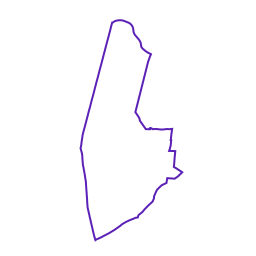 the district of Almoloya del Río, México, Mexico, rotated 84°
{"feature_id": "50627088B78857077813520", "entity_name": "Almoloya del Río", "entity_type": "district", "adm_level": 2, "iso_a3": "MEX", "parent_name": "Mexico", "parent_adm1": "México", "projection": "equal_earth", "projection_center": [-99.49, 19.16], "detail": "fine", "context": "isolated", "style": "outline", "palette": "violet", "viewbox_px": 256, "rotation_deg": 84, "n_neighbors": 0, "source": "geoboundaries", "source_scale": "gbopen_adm2", "svg_char_len": 2893}
<svg xmlns="http://www.w3.org/2000/svg" viewBox="0 0 256 256"><g transform="rotate(84 128 128)"><path d="M151.5,176.4L152.9,176.5L153.2,176.5L155.8,176.6L156.7,176.6L159.8,176.7L162.1,176.5L162.4,176.4L164.3,176.3L165.7,176.2L166.1,176.1L166.8,176.1L167.2,176.1L168.2,176.0L169.6,175.9L171.5,175.8L173.7,175.7L174.1,175.7L175.8,175.6L177.6,175.5L178.1,175.6L178.3,175.6L181.3,175.7L183.8,175.8L186.7,175.9L188.2,175.9L189.7,176.0L192.8,176.1L193.5,176.1L194.0,176.1L195.4,176.2L197.1,176.3L199.2,176.4L200.8,176.4L202.2,176.5L202.5,176.5L203.2,176.4L204.7,176.3L205.0,176.2L206.7,176.0L207.1,176.0L208.2,175.8L208.6,175.8L209.3,175.7L209.9,175.6L211.4,175.5L213.1,175.3L213.8,175.2L214.5,175.1L216.1,174.9L217.0,174.8L219.0,174.6L219.5,174.5L220.1,174.4L221.9,174.2L224.0,173.9L226.9,173.6L232.5,172.8L236.1,172.1L235.5,171.0L234.2,166.9L232.3,162.1L231.6,160.4L231.2,159.3L230.7,158.0L229.1,154.6L228.0,152.3L227.5,151.3L227.1,150.6L226.6,149.7L225.8,148.3L224.6,146.2L224.3,145.5L223.9,145.1L223.5,144.7L223.0,143.7L222.5,142.7L221.0,139.3L219.9,136.0L219.5,134.8L219.5,134.5L219.1,133.3L219.1,133.0L218.1,130.0L218.0,127.6L217.2,127.4L215.6,126.5L215.4,126.2L214.5,124.7L212.9,122.3L210.4,119.8L209.6,118.8L207.4,116.2L206.5,115.0L205.1,113.1L203.7,111.2L202.4,110.5L200.9,109.6L198.4,109.1L195.1,107.2L192.8,105.8L192.6,105.7L190.2,102.8L188.4,100.4L186.8,95.8L186.7,95.5L182.0,94.2L182.8,89.4L183.3,86.9L181.3,83.3L177.7,78.7L177.4,79.0L173.1,84.3L171.5,86.5L168.4,85.8L161.7,84.6L159.4,84.1L155.9,83.4L155.5,86.2L155.1,89.5L154.6,89.3L154.6,89.1L153.7,88.8L152.0,88.2L150.2,87.5L149.6,87.3L149.0,87.2L148.3,87.0L144.6,86.3L144.5,86.8L142.9,86.4L138.3,85.4L136.6,85.0L133.5,84.2L133.5,86.1L133.4,87.6L133.0,90.0L133.2,90.8L133.1,93.3L133.1,94.2L133.0,95.0L131.8,100.8L131.8,101.7L131.8,103.4L130.4,105.3L130.3,105.8L130.4,106.1L130.6,106.4L130.9,106.4L131.5,106.3L131.0,110.4L122.0,115.4L119.3,115.7L113.0,119.0L88.5,110.0L64.0,101.0L63.3,100.6L62.4,100.2L61.3,99.7L59.6,98.9L58.0,98.0L57.0,97.4L56.9,97.5L55.8,99.2L54.8,100.8L53.4,102.4L52.1,103.7L50.7,105.1L49.0,106.2L47.8,106.3L46.2,106.4L44.7,106.5L43.3,106.9L41.7,107.6L39.3,109.2L35.8,111.6L33.7,112.3L32.2,112.5L31.1,112.4L29.5,112.5L27.6,112.9L26.0,113.7L24.6,114.8L23.5,116.1L20.7,121.4L20.3,122.9L20.0,124.4L19.9,127.1L20.2,129.4L21.0,131.3L21.8,132.6L21.7,132.8L25.3,134.2L29.5,135.7L32.6,136.9L35.8,138.1L38.9,139.3L42.3,140.6L45.7,141.9L49.2,143.2L52.6,144.5L55.8,145.7L59.0,146.9L62.2,148.1L65.5,149.4L68.7,150.6L71.9,151.8L75.1,153.0L78.4,154.3L81.6,155.5L84.8,156.7L88.1,157.9L91.3,159.1L94.5,160.4L97.7,161.6L101.0,162.8L104.2,164.0L107.4,165.3L110.7,166.5L113.9,167.7L117.1,168.9L120.3,170.1L123.6,171.4L126.8,172.6L130.0,173.8L133.5,174.7L137.0,175.6L140.5,176.4L141.1,176.6L142.9,177.2L143.5,177.3L146.2,176.8L146.5,176.8L148.7,176.4L150.5,176.4L151.5,176.4Z" fill="none" stroke="#5b21b6" stroke-width="2"/></g></svg>